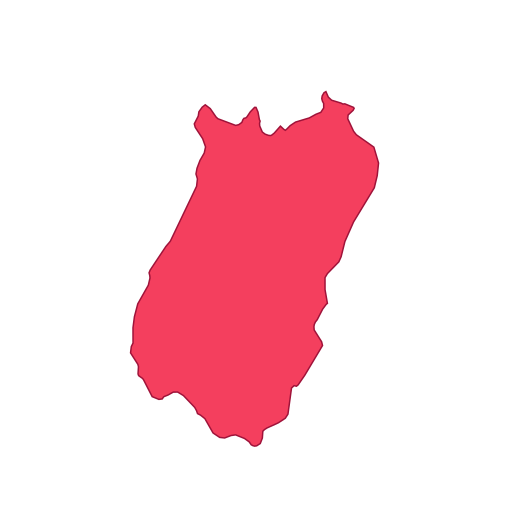 map outline of Fars (Natural Earth projection), rotated 52°
{"feature_id": "IRN-3212", "entity_name": "Fars", "entity_type": "Province", "adm_level": 1, "iso_a3": "IRN", "parent_name": "Iran", "parent_adm1": "", "projection": "natural_earth1", "projection_center": [52.93, 29.426], "detail": "fine", "context": "isolated", "style": "filled", "palette": "rose", "viewbox_px": 512, "rotation_deg": 52, "n_neighbors": 0, "source": "natural_earth", "source_scale": "10m", "svg_char_len": 1923}
<svg xmlns="http://www.w3.org/2000/svg" viewBox="0 0 512 512"><g transform="rotate(52 256 256)"><path d="M199.0,87.6L200.1,87.8L201.0,89.8L201.6,96.6L204.3,99.2L217.8,102.3L222.2,102.3L242.8,96.1L258.2,102.2L267.3,111.0L275.1,120.8L289.2,158.1L299.3,177.0L309.0,189.4L311.6,194.3L313.8,210.5L315.5,214.9L325.0,222.3L337.3,228.9L337.3,230.4L338.9,236.2L343.9,247.0L344.6,249.9L345.9,252.3L347.4,253.9L350.1,255.7L364.0,257.1L367.5,258.7L380.0,291.0L383.5,302.2L383.5,304.3L381.6,305.8L381.9,309.3L400.3,328.2L401.9,332.8L401.2,341.1L398.3,353.1L398.0,356.2L398.3,358.5L403.4,363.1L406.4,368.1L406.0,372.3L405.0,374.1L403.6,375.2L401.8,376.0L398.3,375.8L392.7,377.4L384.4,382.2L382.1,386.2L380.1,392.7L376.6,396.3L369.0,398.8L352.7,396.4L347.2,397.7L344.2,399.1L341.3,398.1L337.6,397.5L321.3,399.1L315.0,401.5L312.3,405.0L311.4,410.9L310.2,414.9L310.2,415.7L310.9,417.9L309.2,420.8L302.9,424.4L284.2,420.8L282.6,420.8L278.2,422.1L277.1,421.9L276.1,421.4L270.9,416.8L268.7,415.8L255.1,414.5L250.6,410.0L248.9,406.5L236.8,397.1L229.0,389.2L220.9,378.6L212.7,358.8L208.1,353.1L206.1,351.8L203.4,350.6L201.9,348.0L193.0,321.1L191.6,314.4L164.5,259.9L159.2,254.7L154.4,252.8L150.5,248.4L146.2,241.3L143.0,233.4L139.0,228.6L130.7,225.8L117.3,224.7L113.9,223.3L110.2,215.4L107.2,212.2L105.6,206.8L105.6,203.0L105.6,202.9L111.7,201.3L121.9,201.9L124.4,201.5L140.6,191.6L141.9,188.7L142.0,184.9L140.5,182.3L140.1,180.7L140.9,179.1L140.8,177.5L138.9,171.8L138.0,165.6L138.9,164.5L143.8,165.8L150.7,169.4L152.2,169.7L153.6,171.5L155.8,173.0L162.2,174.7L165.6,173.8L168.6,171.9L170.1,170.3L170.4,169.6L170.4,166.0L168.7,156.8L173.3,156.1L175.0,155.5L174.9,153.2L174.3,148.8L174.8,142.4L180.0,129.0L181.2,121.5L182.7,116.5L181.0,111.5L177.5,108.8L174.8,108.3L172.5,107.3L170.6,105.3L169.2,101.9L169.5,99.7L175.3,101.2L179.8,100.5L187.9,94.8L189.7,94.0L190.8,92.3L199.0,87.6Z" fill="#f43f5e" stroke="#9f1239" stroke-width="1.5"/></g></svg>